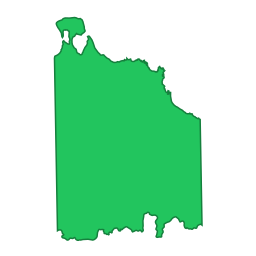 SVG path tracing the border of Chubut, rotated 269°
{"feature_id": "ARG-1274", "entity_name": "Chubut", "entity_type": "Province", "adm_level": 1, "iso_a3": "ARG", "parent_name": "Argentina", "parent_adm1": "", "projection": "mercator", "projection_center": [-67.684, -44.0], "detail": "fine", "context": "isolated", "style": "filled", "palette": "green", "viewbox_px": 256, "rotation_deg": 269, "n_neighbors": 0, "source": "natural_earth", "source_scale": "10m", "svg_char_len": 5816}
<svg xmlns="http://www.w3.org/2000/svg" viewBox="0 0 256 256"><g transform="rotate(269 128 128)"><path d="M22.4,61.9L22.8,61.7L23.5,60.7L25.6,60.2L26.4,59.9L27.0,59.3L27.3,58.6L27.2,56.8L26.5,55.7L199.2,55.7L201.0,56.1L202.3,58.9L203.2,60.1L204.1,61.1L206.2,62.5L207.4,62.5L208.0,63.0L209.3,63.6L211.7,63.9L212.8,64.7L214.6,64.2L215.4,64.3L216.0,64.6L216.4,65.3L215.7,65.6L215.2,66.2L213.2,69.1L212.8,70.5L213.0,70.8L213.7,71.0L215.8,70.8L216.9,71.4L218.7,71.2L220.3,70.5L225.1,70.9L225.8,70.7L226.0,70.1L226.9,69.3L227.1,68.7L227.1,67.9L226.9,67.5L227.3,67.0L226.9,65.6L226.7,65.1L226.1,64.9L225.0,64.7L222.1,64.9L220.7,64.7L219.6,64.0L220.5,63.5L224.2,63.0L227.4,61.2L229.6,59.7L231.8,58.6L233.4,58.1L234.5,58.4L235.4,59.4L236.0,60.4L236.8,62.5L237.1,63.7L238.3,64.9L238.9,66.2L239.1,67.6L238.9,71.2L239.4,76.5L239.1,78.0L238.4,79.4L238.0,80.8L238.3,82.1L237.0,83.9L235.3,84.7L230.0,86.0L227.8,86.1L226.6,86.6L225.7,86.8L224.9,86.2L224.2,85.5L222.9,83.6L221.9,83.0L221.9,82.1L222.8,78.7L223.4,78.3L223.2,78.0L222.1,77.2L221.8,76.8L220.8,76.3L220.5,75.9L220.3,75.2L220.1,74.7L218.4,73.8L217.1,73.5L214.4,73.5L212.5,73.8L211.2,74.3L210.6,74.9L209.4,75.3L207.6,77.5L204.5,78.2L203.9,78.7L203.0,80.5L202.1,81.4L202.0,82.0L202.2,82.8L202.5,83.3L203.6,83.6L204.4,84.2L206.1,84.8L209.3,86.4L211.7,88.3L213.4,88.9L215.4,88.7L217.2,90.1L217.8,90.1L220.2,89.2L220.6,90.3L220.5,90.7L219.9,91.3L216.8,93.4L213.8,94.6L208.6,96.2L203.9,99.5L202.6,101.0L201.6,101.6L201.3,102.4L201.6,104.4L201.4,105.1L200.5,105.8L198.4,108.0L197.0,110.5L195.3,111.9L193.9,114.7L193.8,115.0L193.8,117.1L194.5,118.8L194.2,120.0L194.2,120.7L194.8,121.3L195.3,123.1L195.4,123.6L195.3,125.0L195.4,125.5L195.7,125.6L196.2,125.5L196.5,125.9L195.9,126.4L196.1,127.2L196.2,127.8L196.7,128.1L197.6,128.1L196.4,129.2L196.3,129.8L196.4,130.9L196.7,131.1L196.9,131.8L195.1,132.4L194.7,132.8L194.4,134.0L194.5,135.5L195.1,136.3L195.5,136.6L195.4,137.0L195.5,137.7L195.9,137.9L195.7,138.5L196.1,138.9L196.5,138.9L196.7,139.1L196.8,140.1L196.5,140.2L196.3,140.8L195.7,140.9L195.4,141.5L195.0,141.7L195.2,142.1L194.9,142.3L195.1,142.4L195.0,142.5L194.5,142.2L194.4,142.3L194.4,142.5L194.5,142.7L193.9,143.3L193.8,143.5L194.4,143.9L194.1,144.5L194.3,144.7L194.8,144.6L195.1,144.7L195.0,145.1L195.2,145.5L194.6,145.5L194.1,146.1L194.0,145.9L194.1,145.5L194.0,145.2L193.7,145.2L193.4,145.3L193.3,145.5L192.8,145.5L192.7,145.7L193.1,146.2L193.1,146.4L192.6,146.4L192.2,146.8L192.3,147.2L192.6,147.4L193.2,147.6L192.9,148.1L192.7,148.1L192.7,147.7L192.2,148.4L191.8,148.1L191.8,147.7L191.3,147.5L190.5,147.7L190.4,148.3L190.5,148.6L189.5,148.7L188.3,149.3L187.4,150.3L186.9,150.1L185.7,151.1L184.6,152.7L184.4,153.5L184.4,154.5L184.1,155.9L183.6,156.3L183.6,157.0L183.8,157.2L183.5,157.6L183.9,158.5L184.6,158.6L184.9,158.8L185.2,159.2L186.0,159.0L186.9,159.5L187.6,159.4L188.1,160.0L188.5,160.1L188.9,160.7L188.6,160.8L187.5,161.8L187.2,161.7L186.7,162.2L186.9,162.7L187.2,163.0L187.3,163.5L186.5,163.2L186.3,163.5L186.8,164.3L185.7,165.0L185.2,164.8L184.6,164.9L184.5,165.5L182.9,164.1L181.6,164.3L181.2,164.7L180.9,164.5L180.9,163.8L180.6,163.4L179.3,163.5L179.4,164.7L178.8,164.7L178.1,165.0L177.4,164.8L176.8,164.1L176.0,163.4L175.3,163.4L173.6,162.8L172.1,163.1L171.3,163.0L170.7,163.8L169.1,165.4L168.6,165.0L167.4,164.8L166.9,165.0L166.8,165.3L166.2,165.2L166.0,165.6L164.3,166.1L163.5,166.5L162.8,167.2L162.8,168.1L164.6,168.7L164.2,169.5L161.2,168.4L161.2,169.4L162.3,169.7L162.9,170.4L162.8,171.2L159.1,171.1L153.9,171.9L152.3,172.7L150.2,174.4L148.8,176.1L148.0,177.7L146.1,180.3L144.7,182.8L143.4,184.0L142.5,185.5L141.8,185.9L141.2,187.6L141.2,189.4L141.7,189.8L141.5,190.4L141.0,190.5L140.9,191.5L141.1,192.0L141.0,192.4L140.7,192.6L140.1,192.5L138.6,193.8L138.1,195.2L137.3,195.8L137.1,196.5L136.5,197.2L136.2,197.8L136.6,198.8L136.0,199.1L135.3,200.3L29.6,200.3L30.5,199.2L30.2,197.9L29.8,196.8L29.2,196.0L28.2,195.4L27.1,195.0L26.7,194.7L26.6,194.0L27.0,192.4L26.6,191.7L25.7,190.6L25.7,189.8L26.2,188.7L26.0,188.0L26.1,187.0L27.2,185.2L26.6,184.4L27.0,183.5L27.9,182.9L29.8,182.4L31.9,182.6L32.8,182.4L33.8,181.6L34.0,181.1L34.0,180.5L33.2,178.7L33.3,178.3L36.3,176.9L38.4,174.3L38.2,173.1L37.7,171.9L37.0,170.9L36.2,170.1L34.8,169.1L33.8,167.8L33.5,167.3L33.1,165.7L32.0,163.5L31.2,162.4L30.2,162.3L29.3,162.5L28.2,162.3L26.7,160.7L26.1,160.6L25.5,160.6L24.4,161.2L23.3,161.3L21.3,160.1L20.2,159.7L19.1,159.8L18.6,159.6L18.4,159.1L18.5,157.3L18.2,155.3L18.5,154.5L19.2,154.2L20.8,154.9L24.2,155.6L24.9,155.5L26.0,154.3L26.6,154.2L29.0,155.1L30.1,155.2L32.4,154.1L33.5,153.8L34.6,154.1L36.6,155.6L37.7,156.0L38.7,155.7L39.6,155.1L40.3,154.0L40.5,152.6L40.2,150.7L40.4,150.0L41.3,148.3L41.6,148.0L42.6,147.9L43.0,147.5L43.3,146.7L43.3,146.0L42.4,144.9L42.0,143.2L41.6,142.7L41.0,142.3L39.0,142.1L35.1,141.3L29.7,141.4L28.4,141.1L27.3,141.1L26.2,141.4L25.1,141.4L24.1,140.5L24.0,139.8L25.4,138.9L25.6,138.2L24.8,136.6L24.9,135.9L25.5,134.8L25.5,134.2L25.3,133.6L24.5,132.0L24.1,130.7L24.8,130.2L25.8,129.9L26.6,129.1L29.1,125.3L29.3,124.6L29.3,124.1L27.5,121.2L26.7,120.6L26.6,120.2L26.9,119.3L26.8,118.5L26.7,118.5L25.7,118.9L25.3,118.6L25.2,118.1L25.3,117.4L25.6,116.9L27.6,115.9L28.0,115.4L28.2,115.0L27.9,112.5L26.5,111.4L25.6,110.4L23.7,110.2L23.5,109.7L24.1,108.7L24.2,108.0L23.9,107.4L22.9,107.0L22.1,107.2L21.8,107.1L21.6,106.8L22.1,106.2L22.0,104.9L22.7,104.1L22.9,102.7L23.0,102.4L24.0,102.3L25.5,101.6L26.7,101.9L26.9,101.5L27.0,100.2L26.8,99.0L27.1,97.7L27.0,97.1L26.4,96.7L24.1,95.7L20.2,95.2L19.1,94.7L18.0,93.7L17.1,92.4L16.6,90.9L17.5,86.1L17.3,81.0L16.8,78.7L17.0,77.6L16.6,76.5L16.7,75.3L17.3,74.3L18.1,73.6L19.4,72.9L19.4,72.6L18.5,70.9L18.5,70.5L18.9,68.6L18.7,68.0L17.3,66.7L17.0,65.8L17.2,64.9L18.5,63.4L18.9,62.6L19.4,60.7L20.2,60.0L21.1,60.1L21.8,61.5L22.4,61.9Z" fill="#22c55e" stroke="#15803d" stroke-width="1.5"/></g></svg>